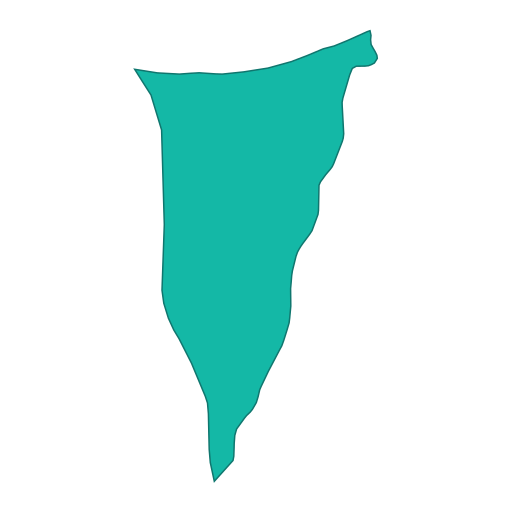 San Sebastián, Retalhuleu, Guatemala
{"feature_id": "79465075B80062128439556", "entity_name": "San Sebastián", "entity_type": "district", "adm_level": 2, "iso_a3": "GTM", "parent_name": "Guatemala", "parent_adm1": "Retalhuleu", "projection": "albers", "projection_center": [-91.644, 14.559], "detail": "fine", "context": "isolated", "style": "filled", "palette": "teal", "viewbox_px": 512, "rotation_deg": 0, "n_neighbors": 0, "source": "geoboundaries", "source_scale": "gbopen_adm2", "svg_char_len": 1287}
<svg xmlns="http://www.w3.org/2000/svg" viewBox="0 0 512 512"><path d="M214.3,481.3L233.0,460.5L233.8,456.3L234.1,447.5L234.2,443.4L234.5,439.6L234.8,435.4L236.6,429.0L244.5,418.1L246.6,415.5L250.2,412.1L252.3,409.5L254.3,406.1L256.3,402.6L258.1,396.7L259.7,389.8L261.2,386.3L268.3,371.4L279.9,349.3L281.8,345.8L283.7,340.5L285.2,335.8L287.1,329.7L289.1,322.9L289.7,318.0L290.0,314.7L290.8,306.1L290.6,288.6L291.2,281.9L291.7,275.5L292.4,270.9L294.7,261.6L296.0,256.3L297.5,252.1L299.1,249.1L300.9,246.2L302.7,243.6L309.7,234.2L312.0,230.7L318.0,214.4L318.5,210.2L319.0,185.2L320.5,181.8L325.6,174.8L330.5,169.0L332.2,166.7L333.6,163.8L342.3,141.4L343.2,138.2L343.7,133.8L342.2,105.8L342.1,102.4L342.9,98.0L349.7,74.8L352.3,68.4L356.3,66.2L365.0,66.1L368.5,65.7L371.4,64.6L374.4,63.0L377.3,58.4L376.9,55.3L375.1,51.6L373.0,48.0L371.1,44.5L370.6,39.8L371.0,35.4L370.0,30.7L367.1,31.7L347.3,40.6L334.1,46.0L323.3,48.8L307.1,55.6L291.1,61.7L267.9,68.1L243.6,71.9L222.3,74.1L215.6,73.9L199.2,72.8L190.2,73.3L179.4,74.1L157.4,72.9L134.7,69.3L142.0,80.9L151.0,95.0L161.6,130.0L164.3,224.6L162.0,290.2L163.8,303.3L168.4,318.2L173.8,330.0L179.0,338.6L191.5,363.2L205.3,396.3L207.5,403.0L208.4,413.8L209.2,449.4L210.3,462.6L214.3,481.3Z" fill="#14b8a6" stroke="#0f766e" stroke-width="1.5"/></svg>